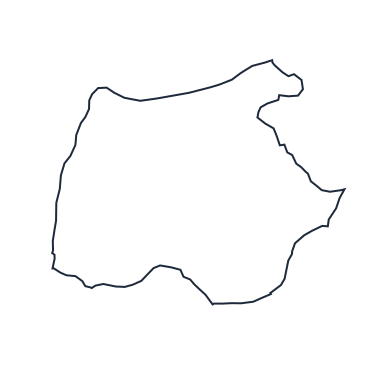 Troulloi, Larnaca, Cyprus, rotated 170°
{"feature_id": "46923920B28470702945457", "entity_name": "Troulloi", "entity_type": "district", "adm_level": 2, "iso_a3": "CYP", "parent_name": "Cyprus", "parent_adm1": "Larnaca", "projection": "robinson", "projection_center": [33.619, 35.026], "detail": "fine", "context": "isolated", "style": "outline", "palette": "slate", "viewbox_px": 384, "rotation_deg": 170, "n_neighbors": 0, "source": "geoboundaries", "source_scale": "gbopen_adm2", "svg_char_len": 1577}
<svg xmlns="http://www.w3.org/2000/svg" viewBox="0 0 384 384"><g transform="rotate(170 192 192)"><path d="M90.2,307.9L97.9,306.8L110.8,305.7L119.1,302.4L123.5,300.6L133.2,295.7L146.5,293.0L155.8,291.9L177.9,290.2L192.8,290.2L210.8,290.2L227.1,290.8L242.2,296.5L251.4,303.3L258.0,309.6L265.4,310.5L266.3,310.7L273.4,305.7L277.3,300.0L279.0,291.6L283.9,284.5L289.5,279.1L296.1,268.2L298.6,258.7L305.5,248.6L312.6,242.4L318.2,231.2L320.0,224.4L321.7,217.9L327.5,204.9L330.9,187.2L333.7,179.4L337.6,167.9L339.0,158.5L340.3,156.2L338.3,154.1L338.9,150.1L342.4,141.5L342.6,141.0L342.3,141.0L341.5,140.9L335.4,135.3L330.1,131.8L321.4,129.4L315.5,123.3L313.4,117.8L308.2,115.5L307.5,114.8L303.3,116.6L295.3,116.8L283.3,112.1L274.6,110.2L266.4,111.0L257.3,113.3L250.8,118.1L243.1,123.7L236.2,125.2L226.0,121.6L216.9,117.4L215.1,110.0L209.0,106.2L205.8,100.7L201.1,94.4L196.5,88.4L193.4,82.1L191.2,77.7L189.9,78.3L181.3,76.8L172.0,75.6L163.2,73.9L150.8,73.3L141.5,75.6L132.0,77.8L132.4,78.9L120.6,84.9L115.9,90.4L109.1,107.7L104.3,113.6L103.7,116.2L99.5,123.6L89.1,129.9L80.4,133.0L69.7,136.0L64.2,134.6L62.1,141.2L52.9,150.9L47.7,160.4L41.4,168.2L44.7,167.9L56.1,168.3L63.9,171.3L68.6,176.9L73.1,181.9L74.6,189.8L76.9,192.7L80.3,197.7L84.4,201.8L86.9,211.0L91.3,214.5L92.8,222.6L97.4,222.7L98.9,232.7L100.6,240.5L107.9,246.6L114.6,254.0L112.7,259.1L109.7,263.5L102.3,266.1L91.0,267.7L89.3,272.2L80.4,269.5L70.8,268.5L64.9,274.0L64.7,283.3L71.1,290.3L76.9,289.3L82.1,294.2L86.2,299.4L88.9,302.9L90.3,305.6L90.2,306.9L90.2,307.9Z" fill="none" stroke="#1e293b" stroke-width="2"/></g></svg>